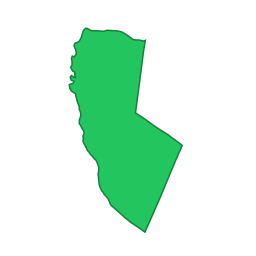 Alto Piquiri, Paraná, Brazil (Equal Earth projection), rotated 170°
{"feature_id": "56859067B25511421043506", "entity_name": "Alto Piquiri", "entity_type": "district", "adm_level": 2, "iso_a3": "BRA", "parent_name": "Brazil", "parent_adm1": "Paraná", "projection": "equal_earth", "projection_center": [-53.368, -24.091], "detail": "fine", "context": "isolated", "style": "filled", "palette": "green", "viewbox_px": 256, "rotation_deg": 170, "n_neighbors": 0, "source": "geoboundaries", "source_scale": "gbopen_adm2", "svg_char_len": 1621}
<svg xmlns="http://www.w3.org/2000/svg" viewBox="0 0 256 256"><g transform="rotate(170 128 128)"><path d="M173.9,127.5L173.6,125.6L174.5,123.8L174.5,121.7L173.6,118.8L172.5,115.7L172.0,113.2L170.6,110.9L169.4,108.1L167.9,106.4L166.6,103.6L165.2,102.0L164.6,100.0L164.0,96.9L163.6,94.4L164.1,92.0L164.6,90.0L165.5,87.8L165.6,84.5L165.9,82.0L165.9,80.1L166.2,77.7L166.0,75.5L165.4,73.0L164.8,70.8L163.7,68.9L162.8,66.6L161.6,64.7L160.2,62.4L159.5,60.4L159.0,58.5L158.5,55.3L145.8,39.3L141.7,34.6L135.8,29.0L129.4,22.5L127.5,25.5L125.3,28.6L107.7,55.0L102.2,63.6L100.6,66.2L86.7,87.8L77.6,101.4L81.1,105.2L86.5,110.9L89.9,114.6L97.3,121.2L100.4,124.2L102.8,126.6L110.6,134.6L118.0,141.6L114.3,153.3L99.0,202.0L95.7,211.3L97.6,210.9L101.2,212.5L102.5,212.9L104.1,213.1L107.4,214.1L112.3,219.2L113.9,220.8L116.3,222.7L117.7,223.8L120.9,225.2L122.8,225.8L126.0,226.5L131.8,227.9L135.0,227.4L140.7,228.9L144.9,229.8L146.8,230.1L148.4,231.1L151.0,233.3L152.4,233.5L154.5,232.2L156.0,230.1L157.1,227.6L158.5,225.0L159.7,223.4L161.6,221.5L163.5,221.0L165.8,220.5L166.9,218.2L165.9,213.7L165.9,210.2L168.5,207.5L170.4,208.5L171.6,206.3L171.6,202.8L172.2,199.6L174.0,197.8L173.3,195.7L172.5,193.6L170.6,192.1L171.2,189.5L171.0,186.8L173.0,188.0L174.7,189.5L176.1,188.2L175.6,184.8L173.1,183.4L174.5,181.3L177.0,181.3L178.4,180.7L178.4,177.0L177.2,174.1L175.3,172.3L173.8,171.0L173.8,168.6L173.5,165.9L173.3,162.5L172.7,159.1L172.2,157.3L172.9,155.1L172.1,152.4L172.2,148.9L173.3,146.5L174.5,144.4L175.2,141.0L174.2,138.5L173.5,135.8L172.3,133.2L172.1,130.5L173.9,127.5Z" fill="#22c55e" stroke="#15803d" stroke-width="1.5"/></g></svg>